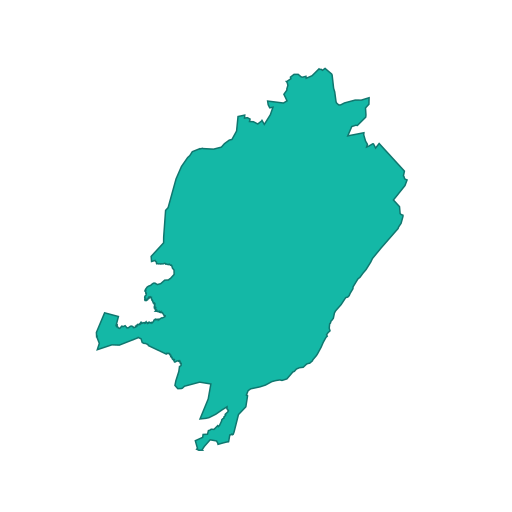 the district of Jaunauces pag., Saldus, Latvia, rotated 300°
{"feature_id": "27541924B95660010997208", "entity_name": "Jaunauces pag.", "entity_type": "district", "adm_level": 2, "iso_a3": "LVA", "parent_name": "Latvia", "parent_adm1": "Saldus", "projection": "robinson", "projection_center": [22.626, 56.459], "detail": "fine", "context": "isolated", "style": "filled", "palette": "teal", "viewbox_px": 512, "rotation_deg": 300, "n_neighbors": 0, "source": "geoboundaries", "source_scale": "gbopen_adm2", "svg_char_len": 6101}
<svg xmlns="http://www.w3.org/2000/svg" viewBox="0 0 512 512"><g transform="rotate(300 256 256)"><path d="M122.1,245.0L117.4,246.9L107.8,249.0L103.4,250.5L102.0,254.6L103.8,257.5L104.7,258.3L107.5,259.2L118.6,270.3L122.6,280.9L108.3,286.1L86.9,289.0L90.3,293.7L92.5,296.1L98.9,300.3L105.7,303.5L110.9,306.3L109.3,307.1L108.5,308.5L108.6,309.2L107.9,309.5L106.8,309.5L103.5,308.5L103.3,308.6L103.2,309.1L102.8,309.3L100.5,308.7L99.7,309.3L98.2,308.5L97.2,308.3L96.7,308.3L96.1,308.7L91.1,309.1L89.5,308.7L90.0,307.7L84.8,306.3L83.6,303.8L82.0,303.1L81.0,302.1L77.4,303.1L75.0,299.4L72.3,300.5L65.7,295.8L61.0,300.6L60.3,301.5L59.0,301.2L59.2,303.6L61.1,306.8L61.3,306.3L61.6,306.2L65.5,306.5L73.9,308.2L76.1,314.3L74.7,316.6L73.9,317.3L77.4,320.7L81.1,324.5L80.9,324.5L81.1,324.8L81.3,324.7L81.6,325.1L87.9,322.8L88.8,323.8L89.5,323.9L89.7,324.4L89.4,324.9L90.1,325.4L92.6,325.0L109.9,320.1L120.3,322.6L130.7,318.6L130.9,318.4L130.6,317.3L130.7,317.2L135.4,316.5L138.3,317.8L144.6,324.8L148.9,328.7L155.1,332.5L157.9,335.3L160.6,338.6L161.2,340.7L165.0,344.2L174.0,345.9L175.3,346.9L178.3,347.5L181.0,349.5L183.2,352.5L187.8,353.9L189.2,355.1L190.0,356.1L193.5,357.3L194.4,357.1L199.9,358.1L202.2,358.2L209.6,358.0L214.8,357.4L220.5,357.3L222.2,357.8L223.0,356.5L225.6,356.7L228.2,357.5L230.1,355.5L234.1,353.7L235.1,354.0L237.1,353.5L238.6,353.9L240.8,354.1L245.9,352.4L248.5,352.4L256.4,354.0L264.8,354.5L266.3,356.0L268.2,356.5L270.6,356.2L276.1,356.3L277.8,355.5L287.0,355.7L289.6,356.7L294.4,357.2L299.3,358.1L308.0,358.4L312.1,358.1L325.4,360.3L350.8,365.3L352.4,365.0L356.9,365.3L363.7,363.5L364.8,362.9L364.5,360.8L364.8,359.6L370.5,355.6L373.2,347.0L391.5,349.8L397.4,348.8L397.1,346.8L397.4,345.9L398.8,344.4L399.1,343.6L403.7,342.1L415.0,306.4L409.3,305.6L411.8,301.7L411.5,301.0L407.5,298.7L405.7,297.3L408.4,296.7L410.3,293.4L414.8,288.7L416.7,287.8L405.9,275.4L416.0,274.2L419.2,277.1L419.7,278.5L431.1,281.6L433.1,280.7L439.0,276.8L443.9,277.9L449.6,274.8L443.6,269.2L440.6,263.9L432.8,256.1L429.1,253.7L428.2,252.1L428.7,249.4L429.7,248.1L437.5,242.1L440.0,239.4L450.7,231.5L451.4,230.6L453.0,222.0L450.0,220.7L450.3,219.2L449.4,217.8L449.6,217.0L440.1,214.4L435.0,210.6L436.6,209.4L434.1,206.9L433.7,205.5L434.4,201.7L432.3,198.1L428.1,196.4L427.0,197.6L422.5,195.4L422.3,195.1L421.8,196.3L419.7,198.3L416.3,199.1L415.0,199.8L410.0,199.3L405.9,205.3L402.2,203.3L396.0,188.6L393.1,190.9L391.2,193.8L393.3,196.3L385.5,197.8L374.1,197.4L376.4,193.4L375.8,193.4L371.2,191.5L371.0,186.6L369.2,183.1L371.6,182.4L371.5,179.4L369.7,177.1L372.4,175.8L367.8,170.7L354.5,176.7L344.9,176.9L343.0,174.9L337.5,172.5L333.0,171.6L327.3,165.8L322.6,156.5L322.5,155.8L320.3,153.5L320.5,153.4L314.5,148.7L309.8,148.5L307.1,147.6L296.3,146.7L282.9,148.2L254.0,155.7L250.3,154.9L226.2,166.6L221.2,169.4L203.2,165.4L199.0,168.3L201.7,170.8L201.2,171.5L201.0,172.8L200.1,173.3L199.6,173.9L200.2,174.6L200.4,175.5L201.4,177.0L201.4,177.6L202.0,178.1L202.8,179.6L203.9,180.4L204.2,181.4L203.8,181.8L204.3,182.5L204.3,183.4L204.8,184.0L204.8,184.6L205.6,185.1L205.2,186.5L205.8,187.3L205.3,187.8L205.3,188.2L203.8,189.6L202.8,192.1L199.1,194.3L193.5,193.1L192.9,192.6L191.5,192.2L189.4,189.0L184.4,187.3L181.9,184.8L182.0,182.0L181.2,180.8L180.6,180.5L178.9,179.7L178.0,179.6L176.6,178.3L174.8,177.3L172.0,177.0L170.5,177.2L170.9,177.8L169.9,178.0L169.5,178.7L168.6,179.2L168.4,179.6L168.6,179.8L167.4,180.3L166.6,180.3L165.7,179.9L164.3,180.4L164.0,180.7L164.1,181.1L162.8,181.3L162.2,181.8L162.0,182.3L162.3,182.6L163.0,182.4L163.5,182.6L163.8,182.9L163.5,183.5L163.2,183.6L163.9,184.0L165.3,183.6L165.4,183.8L165.2,184.2L165.3,184.3L166.4,184.1L166.8,183.7L167.0,183.8L167.4,184.4L167.0,184.8L167.8,185.0L167.5,185.6L167.9,186.1L166.7,186.7L166.4,187.6L166.2,187.5L165.5,188.2L165.5,189.0L164.7,189.5L164.5,190.1L164.0,190.6L164.5,191.0L164.5,191.3L164.2,191.3L164.2,191.6L163.7,191.7L164.0,192.3L163.2,192.6L163.0,193.0L161.8,193.0L160.7,193.6L161.4,194.0L161.5,194.5L161.2,195.0L160.3,195.1L159.8,194.8L159.0,195.9L159.7,196.3L159.5,197.0L157.9,196.5L158.2,197.1L158.7,197.2L158.7,197.5L158.9,197.7L158.6,198.0L158.8,199.0L159.3,199.6L159.8,199.7L159.8,200.1L159.1,200.1L159.0,200.4L159.4,201.1L159.3,201.3L159.8,201.5L159.5,201.6L159.6,202.4L160.2,203.1L158.6,206.1L158.8,207.2L158.0,207.5L155.5,205.9L155.2,205.2L153.4,204.2L152.6,204.1L152.4,203.4L151.7,203.3L152.3,202.7L151.4,201.9L151.3,201.5L150.7,201.3L150.7,201.1L151.2,200.7L150.9,200.3L150.5,200.2L150.3,200.4L149.4,199.7L148.3,200.0L145.9,199.4L146.3,198.8L145.2,198.0L145.4,197.4L145.2,197.1L145.3,196.7L144.7,196.6L144.7,196.0L144.3,196.0L143.9,196.3L143.3,195.8L143.7,195.4L143.8,194.1L144.1,193.7L143.2,193.5L142.5,193.8L142.1,193.5L142.5,192.8L142.2,192.6L142.2,192.2L140.7,191.0L141.2,190.6L141.4,190.0L141.1,189.4L139.8,189.5L139.9,190.0L139.2,189.9L138.7,189.8L138.9,189.2L138.4,189.2L137.8,188.8L137.9,188.0L137.6,187.7L136.8,187.6L136.2,187.2L135.9,187.5L136.2,187.8L135.4,187.9L135.3,187.7L135.4,187.4L135.0,186.8L134.3,187.3L132.9,186.1L132.7,185.6L133.3,184.8L133.2,183.7L132.9,182.9L132.2,182.3L130.1,181.4L129.2,180.3L130.2,177.5L128.6,176.4L128.2,175.8L128.3,175.0L128.0,174.7L125.9,174.5L125.0,173.9L125.1,173.4L124.8,172.8L125.4,171.9L125.5,171.5L125.1,170.9L125.4,170.6L126.2,170.6L127.1,170.2L127.2,169.7L126.5,169.4L134.8,167.1L131.1,153.3L110.0,156.0L106.9,158.0L107.2,158.1L107.2,158.5L106.1,158.9L102.0,164.0L95.5,165.4L107.0,175.6L110.5,182.2L126.2,194.7L126.6,194.7L126.8,197.9L124.2,200.7L124.3,202.7L125.0,203.9L125.3,206.7L124.6,207.6L126.2,227.3L127.3,227.5L127.3,228.2L127.9,228.6L127.8,229.1L128.3,229.8L128.1,230.2L127.6,230.4L127.3,230.9L127.6,231.6L127.4,231.9L126.3,232.4L126.6,232.7L126.0,233.6L126.2,234.0L125.2,234.7L124.9,235.4L125.1,235.9L124.8,236.3L125.4,236.5L125.5,237.0L124.9,237.0L123.6,238.1L123.5,238.6L123.8,239.0L125.4,239.9L126.1,240.8L126.1,241.2L126.4,241.3L126.1,241.8L126.2,242.0L127.1,242.3L126.3,243.4L125.5,243.6L125.6,244.1L125.3,244.5L125.6,244.9L125.4,245.1L124.7,245.2L124.1,245.8L123.5,245.8L122.4,245.4L122.1,245.0Z" fill="#14b8a6" stroke="#0f766e" stroke-width="1.5"/></g></svg>